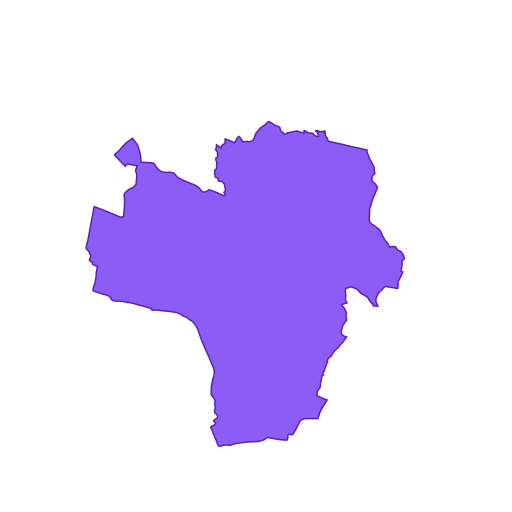 outline of Baile Govora, Vâlcea, Romania, rotated 234°
{"feature_id": "2599482B27172768373600", "entity_name": "Baile Govora", "entity_type": "district", "adm_level": 2, "iso_a3": "ROU", "parent_name": "Romania", "parent_adm1": "Vâlcea", "projection": "robinson", "projection_center": [24.185, 45.08], "detail": "fine", "context": "isolated", "style": "filled", "palette": "violet", "viewbox_px": 512, "rotation_deg": 234, "n_neighbors": 0, "source": "geoboundaries", "source_scale": "gbopen_adm2", "svg_char_len": 6118}
<svg xmlns="http://www.w3.org/2000/svg" viewBox="0 0 512 512"><g transform="rotate(234 256 256)"><path d="M276.1,408.2L277.7,407.1L283.2,402.3L286.0,399.7L301.4,386.4L305.6,382.5L306.2,382.3L307.4,382.2L308.2,382.3L309.4,383.0L310.3,382.8L311.4,382.9L314.2,383.4L315.1,383.5L315.3,383.6L314.9,384.3L315.9,385.1L316.9,385.0L317.1,384.5L317.5,383.1L319.4,380.3L319.9,380.0L321.0,379.9L321.7,378.9L322.1,377.7L321.4,377.7L320.5,378.1L319.5,378.3L318.4,377.8L317.7,377.7L317.1,377.2L316.3,377.0L316.2,376.8L316.5,375.7L317.3,375.1L318.3,374.7L319.2,374.2L321.5,374.2L321.9,374.0L322.7,373.4L323.3,372.7L324.2,371.1L324.8,370.7L327.2,369.9L328.6,369.1L329.1,368.6L329.1,368.2L327.4,367.7L327.2,367.5L327.2,367.1L330.3,364.5L333.0,362.8L337.1,354.0L337.3,353.8L337.2,353.5L337.1,352.5L337.2,351.5L337.5,350.7L340.1,350.5L341.9,349.6L342.3,349.6L343.3,349.7L345.9,350.8L346.4,350.8L347.0,350.5L351.2,347.9L353.7,347.1L357.0,345.6L357.5,344.0L357.0,342.3L356.9,339.4L357.0,336.5L357.0,334.6L355.4,328.4L353.9,325.7L352.2,323.8L352.2,323.2L352.0,322.7L351.4,321.4L351.6,320.3L352.0,318.5L352.6,317.3L352.9,317.3L353.2,316.8L353.8,316.5L354.0,315.9L354.6,314.8L356.4,312.4L359.3,312.8L361.4,312.7L362.2,312.6L363.0,312.3L362.5,310.1L360.1,305.3L363.7,303.3L368.6,300.2L368.8,299.9L368.6,299.5L366.8,298.5L366.3,298.0L365.7,297.4L365.4,296.3L365.6,294.1L365.5,293.2L364.9,292.3L363.9,291.3L369.1,289.4L367.3,287.8L365.7,285.7L363.1,286.0L361.8,285.4L360.7,284.4L359.1,283.7L358.8,282.8L358.8,281.0L357.0,279.9L354.7,279.3L353.6,278.2L349.9,275.6L349.7,272.7L348.8,272.7L348.1,272.2L347.5,271.0L345.6,270.6L343.9,269.4L341.1,271.0L339.9,270.0L338.6,269.8L337.5,270.8L336.4,272.2L335.1,272.3L333.2,272.7L331.1,271.9L327.8,270.4L326.8,269.6L326.4,267.4L323.7,267.5L323.7,265.5L332.7,260.1L337.2,257.1L337.2,254.3L338.3,251.3L340.5,250.1L344.5,250.0L348.2,248.9L357.2,243.3L364.4,239.3L366.5,238.7L371.4,238.3L374.0,236.0L377.7,230.8L380.7,228.7L383.9,227.7L391.0,227.8L392.9,226.2L399.5,218.1L404.0,221.1L410.8,224.0L415.7,225.5L423.9,225.2L423.8,217.2L423.0,212.4L421.7,207.5L421.4,202.9L421.0,200.9L405.4,202.9L406.0,204.4L405.5,206.6L398.8,212.9L396.0,208.8L391.6,207.3L384.4,201.0L383.6,197.0L384.5,192.9L384.4,188.8L383.5,185.6L378.1,182.3L373.8,179.0L365.8,172.1L366.4,170.0L368.7,168.2L379.9,161.4L386.9,156.9L391.0,154.1L389.3,152.0L387.7,150.6L380.3,142.6L370.2,132.1L367.7,129.4L362.6,123.4L362.1,123.1L361.1,123.1L359.8,123.1L358.6,123.5L357.9,123.5L355.4,122.8L353.4,122.7L352.6,121.8L350.6,118.7L348.7,119.0L347.0,119.8L345.2,118.9L340.8,121.5L336.3,116.9L333.6,114.8L328.7,109.8L327.0,107.1L325.1,104.8L323.7,103.8L322.0,104.8L314.9,109.9L312.1,112.2L309.9,113.6L309.0,113.4L307.7,114.1L306.6,113.4L305.7,113.5L303.8,114.2L302.9,114.8L297.9,121.4L297.0,122.0L293.7,124.9L293.6,125.1L293.9,125.5L292.9,126.1L289.6,129.0L283.6,133.6L283.2,134.3L280.4,136.2L276.4,139.5L275.2,140.0L273.8,140.1L272.8,140.5L272.1,142.0L270.8,143.6L261.0,154.5L256.7,158.7L253.6,160.6L249.6,162.0L249.1,162.5L248.1,163.2L245.9,164.3L243.9,164.7L240.5,166.1L237.4,166.4L234.9,166.4L231.3,165.9L222.0,163.1L211.2,160.4L201.9,158.6L195.0,156.8L192.2,156.3L189.4,155.5L187.6,154.7L185.2,153.0L184.2,152.0L181.4,148.3L177.0,143.5L170.8,138.6L169.5,138.3L167.1,138.4L165.6,138.3L164.1,138.1L163.0,137.7L162.3,137.4L160.7,135.5L157.4,134.2L155.5,131.7L154.2,130.8L153.7,130.6L153.0,130.6L151.3,130.9L149.9,131.0L149.1,130.8L148.3,130.3L147.8,129.4L147.8,125.9L147.8,125.4L147.6,125.1L147.2,124.9L146.8,124.8L144.9,125.0L144.4,124.6L143.8,123.6L144.0,122.9L143.8,122.3L143.7,121.7L144.5,120.4L144.2,118.9L143.9,118.6L140.3,118.0L137.5,117.0L134.9,116.6L134.1,116.2L132.2,115.7L130.4,115.5L126.9,114.4L125.6,114.3L124.6,113.9L123.9,114.4L123.0,115.6L122.7,116.2L122.4,118.1L122.1,118.7L118.3,123.6L115.9,129.9L111.2,138.7L108.4,143.1L105.0,148.1L103.0,152.7L102.5,155.4L102.5,156.5L102.6,157.9L102.5,158.7L101.6,159.4L94.0,166.7L89.3,172.1L88.9,173.0L89.1,173.6L89.8,174.6L92.2,176.3L92.5,177.0L92.4,177.7L92.1,178.2L91.6,178.8L90.5,179.7L90.0,180.3L90.1,181.0L90.5,182.3L92.2,186.0L96.1,194.0L96.6,195.3L96.8,196.1L96.6,197.3L95.9,198.9L95.5,200.3L88.1,210.5L89.3,212.1L90.3,213.8L91.8,215.4L92.8,217.7L94.6,220.3L94.2,220.4L97.7,228.9L103.4,225.3L107.3,223.2L108.2,224.2L110.3,225.8L110.6,226.9L111.4,228.4L111.4,229.4L112.6,231.4L115.5,233.7L116.9,235.6L120.1,238.5L120.1,240.6L120.4,240.8L121.2,240.7L122.4,241.6L122.4,242.3L122.7,242.9L122.7,243.6L123.0,243.5L124.3,245.6L125.5,246.9L126.6,249.1L127.6,250.1L127.9,250.8L128.0,251.6L129.4,252.1L130.7,254.5L130.8,255.0L130.7,256.5L130.9,258.1L132.3,261.0L133.1,263.9L133.4,265.6L133.5,268.8L134.4,271.4L135.4,276.2L136.6,279.6L137.1,281.7L140.2,279.8L143.0,279.3L145.0,280.8L148.5,284.9L150.2,289.3L150.6,291.4L155.4,294.3L156.9,295.8L159.7,296.4L162.2,296.8L165.0,296.5L166.4,296.6L164.6,302.2L167.3,302.1L171.8,305.8L175.3,307.7L177.0,309.3L175.6,313.9L175.2,314.7L173.1,316.2L170.1,318.0L168.1,318.5L164.9,318.7L157.2,322.0L155.9,321.8L151.0,321.7L148.3,322.1L146.6,321.6L143.8,325.1L146.5,325.8L148.8,326.3L149.3,326.5L151.1,328.3L152.2,329.8L153.4,332.0L154.2,333.9L155.5,342.7L149.7,348.3L149.1,349.0L146.7,351.1L146.5,351.7L147.3,352.3L148.7,353.8L150.6,354.9L151.7,356.1L154.8,362.0L156.8,365.4L158.5,364.4L163.1,369.1L166.4,371.4L166.2,373.1L166.3,373.7L166.7,374.3L167.7,374.9L169.5,375.6L171.7,375.9L174.3,375.9L175.3,375.6L177.0,374.4L177.6,374.2L181.9,374.1L182.3,373.3L183.8,371.6L184.4,369.7L184.8,369.3L185.9,369.4L188.7,370.1L193.0,369.7L194.6,369.8L196.1,370.2L197.1,370.1L198.2,370.1L201.8,371.2L203.8,371.4L205.5,371.2L210.7,369.6L212.6,369.0L214.1,368.3L216.1,368.0L217.5,368.1L218.3,368.7L219.6,369.2L221.4,371.1L226.2,374.7L228.0,376.4L229.3,378.6L231.3,381.0L234.5,385.4L236.1,388.4L239.7,394.0L240.2,394.6L240.7,394.8L244.2,394.9L244.9,394.8L247.2,394.0L248.5,394.0L249.0,394.3L250.8,395.5L252.1,396.9L252.5,397.5L252.7,398.0L252.5,400.0L253.2,400.8L254.9,401.7L256.2,402.1L257.4,403.4L257.9,403.6L261.5,404.1L265.9,405.0L268.6,405.0L269.0,405.1L269.3,405.5L270.5,405.9L275.0,406.8L275.6,407.2L276.1,408.2Z" fill="#8b5cf6" stroke="#5b21b6" stroke-width="1.5"/></g></svg>